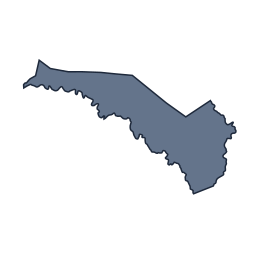 Raillon Road, Praslin, Saint Lucia (Albers equal-area conic projection), rotated 185°
{"feature_id": "8701671B15123648543538", "entity_name": "Raillon Road", "entity_type": "district", "adm_level": 2, "iso_a3": "LCA", "parent_name": "Saint Lucia", "parent_adm1": "Praslin", "projection": "albers", "projection_center": [-60.939, 13.873], "detail": "fine", "context": "isolated", "style": "filled", "palette": "slate", "viewbox_px": 256, "rotation_deg": 185, "n_neighbors": 0, "source": "geoboundaries", "source_scale": "gbopen_adm2", "svg_char_len": 5783}
<svg xmlns="http://www.w3.org/2000/svg" viewBox="0 0 256 256"><g transform="rotate(185 128 128)"><path d="M179.2,180.0L192.5,178.8L210.6,180.5L222.4,187.8L224.6,172.0L229.9,168.4L230.3,167.7L231.2,166.9L231.4,166.6L231.6,166.0L232.1,165.6L232.5,164.8L232.8,164.4L233.3,164.0L234.3,163.9L234.6,163.7L235.6,162.4L235.8,161.9L235.3,158.8L232.2,161.1L229.7,162.6L229.0,162.9L228.3,162.9L227.6,162.4L226.7,162.2L225.5,162.0L224.1,161.5L223.1,161.0L222.2,160.9L221.1,161.4L219.9,162.3L219.2,163.1L218.4,163.5L217.9,163.5L217.4,163.7L215.9,163.1L215.7,162.9L215.0,162.2L214.3,161.0L214.1,160.8L212.8,160.0L211.6,159.6L211.1,159.7L210.9,159.9L210.7,160.2L210.5,161.0L210.5,162.5L210.4,162.8L209.9,163.0L209.6,162.9L209.2,162.7L208.4,161.6L208.1,161.4L208.0,161.1L207.5,160.4L206.8,159.8L206.5,159.8L205.0,159.1L204.0,158.8L203.6,158.8L202.8,158.9L201.6,159.4L201.0,160.0L200.2,161.1L199.8,161.8L199.0,162.6L198.3,163.3L197.8,163.4L197.5,163.3L197.0,163.0L196.1,161.6L195.3,160.8L194.6,159.8L194.1,159.5L193.3,159.2L191.3,158.8L190.8,158.8L190.1,158.9L189.9,159.0L189.2,159.7L188.9,159.9L187.7,160.5L185.9,161.4L184.7,161.8L184.2,161.7L183.8,161.5L183.6,161.2L183.6,160.8L183.5,159.0L183.4,158.0L183.2,157.7L183.0,157.4L182.4,156.8L182.4,156.4L182.2,156.8L181.8,157.1L181.5,157.7L181.0,160.2L180.9,160.4L180.6,160.6L179.9,160.8L178.4,160.2L177.6,159.8L177.3,159.5L176.9,159.1L176.6,158.2L176.6,157.7L175.8,155.5L175.4,154.6L175.0,154.1L174.8,154.0L174.6,154.1L174.3,154.4L173.6,156.4L173.4,156.6L173.1,156.7L172.8,156.6L170.7,155.1L165.8,153.3L165.4,153.0L165.2,152.6L165.2,152.2L165.2,151.6L165.4,150.9L166.2,149.5L166.4,148.7L166.4,148.0L165.9,147.3L165.1,147.2L163.8,147.4L161.5,149.3L160.8,149.5L160.1,149.6L159.5,149.2L159.5,148.2L160.3,146.6L160.5,145.8L160.4,144.3L159.7,143.7L159.0,143.3L158.1,142.3L158.0,141.8L158.2,141.2L159.0,140.8L159.1,139.7L158.4,138.0L157.6,136.8L156.8,136.3L155.7,135.9L155.0,136.0L154.3,136.9L153.7,137.5L153.3,137.9L152.9,137.9L152.4,137.7L152.9,136.5L152.8,135.5L152.7,134.8L151.3,135.8L150.6,136.8L148.8,138.7L148.0,139.2L145.7,139.8L144.7,140.4L143.8,141.4L142.8,141.6L141.9,140.4L141.6,139.5L141.0,139.1L140.0,139.0L139.2,138.8L137.3,139.1L136.4,139.2L135.2,138.2L133.7,137.1L132.7,136.8L131.1,136.8L130.3,137.0L129.9,137.2L129.3,138.1L129.2,138.2L128.8,138.2L127.9,137.9L126.9,137.1L126.7,136.8L126.5,136.4L126.5,135.7L126.4,135.4L125.6,134.5L125.4,134.0L125.4,133.4L125.6,132.8L126.0,130.5L125.9,128.9L125.8,128.2L125.4,126.9L125.1,126.4L124.8,126.1L124.2,125.6L123.0,124.9L122.7,124.5L122.3,123.8L121.8,122.2L121.4,121.3L119.7,118.7L119.3,118.3L118.8,118.1L118.2,117.9L117.6,117.9L117.2,118.1L117.0,118.6L116.9,119.3L116.5,119.9L116.3,120.3L116.2,121.4L116.1,122.4L115.8,122.7L115.3,122.8L114.8,122.7L114.3,122.6L113.2,122.2L112.9,121.7L113.0,121.1L113.3,120.7L113.3,120.2L113.2,120.0L112.7,119.8L111.0,119.9L110.5,119.7L110.2,119.4L110.0,119.1L109.9,117.5L109.5,115.5L109.2,114.6L108.8,114.1L107.8,113.5L107.4,113.3L107.2,113.0L106.9,112.3L105.9,111.1L104.6,109.2L104.1,108.6L103.0,107.7L102.5,106.5L102.4,106.4L101.5,106.2L100.4,106.3L99.6,106.2L99.1,106.1L98.1,105.6L97.3,105.4L96.7,105.4L96.3,105.5L95.8,106.1L94.6,105.9L93.6,105.9L92.2,106.2L91.9,106.9L91.3,108.2L91.1,108.5L90.8,108.6L90.3,108.6L89.3,108.4L88.7,107.9L88.1,106.9L87.7,106.5L87.1,105.9L86.4,105.6L86.1,105.2L86.1,104.8L86.5,103.7L87.4,102.5L87.9,101.9L88.1,101.5L88.0,101.3L87.9,101.0L87.3,100.6L86.6,100.4L85.5,100.2L85.2,100.0L85.0,99.8L84.8,99.1L84.8,98.5L85.1,96.2L85.1,95.9L85.0,95.5L84.5,95.1L84.2,94.9L83.4,94.9L82.6,95.8L82.4,95.9L82.0,95.9L81.8,95.8L81.3,95.2L81.0,95.2L80.3,95.7L80.1,96.3L79.6,96.6L79.2,97.6L79.1,97.8L78.9,97.9L78.2,97.8L76.6,97.2L75.1,97.0L74.5,96.7L73.8,95.8L73.1,94.9L73.0,94.7L72.9,93.8L72.7,93.4L71.7,92.3L71.3,91.0L70.7,90.0L70.4,89.2L70.1,88.8L69.9,88.6L69.7,88.6L68.9,88.7L68.4,88.6L66.0,86.9L65.9,86.6L66.0,86.1L66.6,84.9L66.7,83.9L66.7,83.4L66.4,82.4L66.3,81.4L66.2,81.2L65.7,80.7L65.2,80.5L64.3,80.4L64.0,80.2L63.7,79.9L62.4,77.6L61.2,75.6L60.9,74.5L60.7,73.1L60.6,72.7L60.4,72.6L58.6,71.9L57.7,71.3L57.7,71.0L57.7,70.0L57.5,69.0L57.3,68.7L56.9,68.2L37.9,77.7L37.5,79.2L37.3,79.8L36.1,80.5L35.9,80.8L35.8,81.1L35.6,81.6L35.6,82.6L35.4,83.6L35.1,84.5L34.7,85.1L34.2,85.7L33.3,86.5L29.8,88.9L29.2,89.4L28.8,89.8L28.7,90.1L28.7,90.7L29.0,91.5L29.1,92.0L28.6,93.0L27.6,93.7L27.4,93.9L27.3,94.2L27.3,94.8L27.5,96.3L27.7,97.4L27.7,98.3L27.3,99.8L26.9,100.7L26.9,101.4L27.2,102.2L27.3,102.9L27.3,103.6L27.2,104.2L27.2,104.7L27.2,105.1L27.4,105.5L27.9,105.9L29.8,106.7L30.3,107.0L30.8,107.7L30.9,108.1L30.9,108.8L30.7,109.2L30.1,110.1L28.8,111.3L27.9,112.6L27.7,113.3L28.2,114.0L28.3,114.2L28.3,114.8L28.5,115.6L29.7,117.1L30.2,117.9L30.5,119.0L30.5,120.4L30.2,121.3L29.6,122.5L29.0,123.7L28.7,124.8L28.5,125.8L28.0,126.3L25.7,126.4L24.7,126.3L24.4,126.5L24.3,126.9L24.2,127.4L24.7,128.7L24.8,129.5L24.8,130.3L24.6,130.8L24.2,131.3L23.4,131.8L22.8,132.0L22.0,132.1L21.3,132.2L20.7,132.7L20.4,133.0L20.2,133.6L20.3,134.8L20.4,135.1L21.0,135.6L21.2,136.1L21.3,136.4L21.3,137.5L21.7,138.1L22.0,138.4L22.3,138.6L24.1,138.9L24.5,139.2L24.8,139.5L24.8,139.9L24.7,140.3L24.0,141.5L23.8,142.1L23.7,142.5L23.7,142.8L24.0,142.9L24.5,142.8L26.5,141.2L27.4,140.6L28.4,140.1L29.2,140.0L29.5,140.1L29.9,140.3L30.9,141.2L31.5,142.0L31.7,142.7L32.0,144.3L32.1,145.8L33.0,146.7L33.4,147.9L33.7,148.5L33.9,148.7L34.7,149.1L36.0,148.9L36.6,149.1L38.0,150.3L38.8,150.8L39.9,151.2L40.4,151.5L40.6,151.9L41.1,152.3L41.6,152.5L42.5,152.8L43.4,153.2L44.3,154.2L44.4,154.4L44.4,154.8L44.4,155.1L43.6,156.4L43.5,157.0L43.4,157.5L43.6,157.8L44.2,158.5L44.7,158.8L45.8,159.1L46.2,159.4L46.5,159.7L47.2,161.2L47.4,161.4L47.9,161.7L48.3,162.5L71.4,144.1L91.9,156.2L128.3,180.8L145.4,180.8L159.8,181.0L179.2,180.0Z" fill="#64748b" stroke="#1e293b" stroke-width="1.5"/></g></svg>